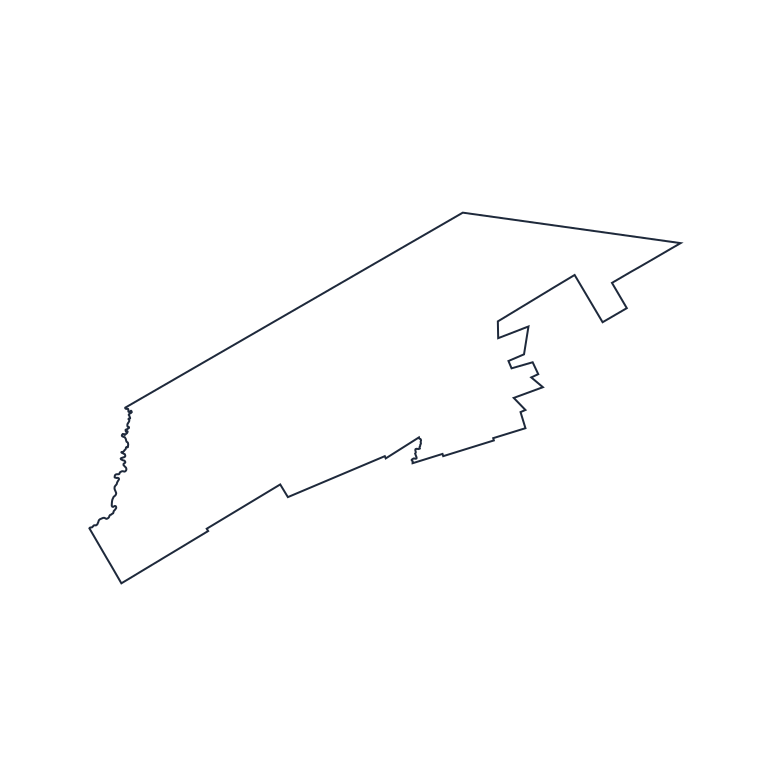 outline of Rivadavia, Salta, Argentina, rotated 240°
{"feature_id": "61730980B79245586725774", "entity_name": "Rivadavia", "entity_type": "district", "adm_level": 2, "iso_a3": "ARG", "parent_name": "Argentina", "parent_adm1": "Salta", "projection": "mercator", "projection_center": [-62.515, -23.621], "detail": "fine", "context": "isolated", "style": "outline", "palette": "slate", "viewbox_px": 768, "rotation_deg": 240, "n_neighbors": 0, "source": "geoboundaries", "source_scale": "gbopen_adm2", "svg_char_len": 5665}
<svg xmlns="http://www.w3.org/2000/svg" viewBox="0 0 768 768"><g transform="rotate(240 384 384)"><path d="M492.9,148.9L492.9,148.4L492.9,148.1L492.7,147.9L492.3,147.8L491.8,147.9L491.6,148.1L491.2,148.5L490.8,149.3L490.6,149.8L490.4,149.9L490.1,149.9L489.8,149.8L489.3,149.6L488.0,148.9L487.6,148.9L487.5,149.0L487.4,149.2L487.2,149.6L487.2,150.0L487.2,150.7L487.3,151.2L487.3,151.3L487.3,151.5L487.2,151.6L486.8,151.7L486.3,151.6L486.0,151.5L485.8,151.5L485.7,151.4L485.7,151.2L485.5,150.7L485.4,149.9L485.5,149.1L485.4,148.5L485.3,148.0L485.1,147.7L484.9,147.5L484.5,147.5L484.2,147.6L483.5,147.5L482.5,147.3L481.8,147.2L481.4,147.1L481.2,146.9L481.2,146.7L481.5,146.3L481.6,145.9L481.6,145.6L481.4,145.2L481.0,145.2L480.6,145.4L480.3,145.4L480.0,145.3L479.5,145.0L479.3,144.8L479.0,144.5L478.8,144.2L478.6,143.7L478.4,143.2L478.1,142.9L477.7,142.0L477.6,141.9L477.2,141.5L476.9,141.3L476.6,141.1L476.0,140.8L475.7,140.7L475.2,140.7L474.9,140.9L474.6,141.3L474.3,141.5L474.1,141.5L473.8,141.4L473.5,141.2L473.3,139.8L473.3,138.9L473.5,138.0L473.5,137.4L473.4,137.2L473.1,137.1L472.7,136.9L472.2,136.8L471.8,136.7L471.6,136.8L471.5,137.0L471.4,137.5L471.6,137.9L471.6,138.0L471.3,138.2L471.1,138.2L470.9,138.1L470.4,137.6L470.2,137.3L469.9,136.7L469.8,135.9L469.7,135.3L469.6,134.8L469.5,134.5L469.5,134.2L469.6,133.9L469.8,133.8L470.3,134.0L470.6,133.9L470.8,133.6L470.9,133.2L471.1,132.9L471.3,132.7L471.1,132.1L470.9,131.7L470.6,131.3L470.3,131.2L470.1,131.1L469.7,131.2L469.3,131.3L468.7,131.8L468.4,132.1L468.1,132.3L467.6,132.8L467.3,132.9L465.8,132.9L465.1,132.8L464.6,132.6L463.0,132.2L462.7,132.2L462.2,132.4L462.0,132.6L461.9,132.7L461.6,132.7L461.2,132.8L460.8,132.7L460.0,132.4L459.3,132.1L459.0,131.9L458.6,131.5L458.5,131.4L458.1,131.2L457.9,131.0L457.5,130.7L457.4,130.6L457.4,130.4L457.9,130.3L458.0,130.2L458.1,129.9L458.1,129.2L457.9,128.7L457.5,128.4L457.1,128.1L457.0,127.9L456.7,127.5L456.6,127.2L456.5,126.6L456.4,126.2L456.3,125.9L456.1,125.6L456.0,125.3L455.9,125.1L455.8,124.8L455.8,123.9L455.9,123.5L456.1,123.0L456.2,122.9L456.3,122.7L456.1,122.4L455.9,122.4L455.1,122.8L454.4,123.4L453.7,123.7L453.5,123.9L453.1,124.2L452.8,124.4L452.4,124.4L451.4,124.1L451.1,124.0L450.8,123.7L450.6,123.4L450.6,123.1L450.6,122.5L450.6,122.2L450.8,121.4L451.2,119.4L451.1,118.9L451.0,118.7L450.4,118.6L449.9,118.8L448.3,119.9L447.6,120.7L446.8,121.0L446.2,121.0L445.7,120.9L445.4,120.6L445.2,120.1L445.2,119.5L445.1,118.7L444.9,118.4L444.6,118.2L444.0,117.9L443.7,118.0L443.1,118.1L442.9,118.1L441.7,118.4L441.1,118.6L440.5,118.7L439.8,118.6L439.1,118.3L438.6,118.0L438.2,117.5L437.9,116.8L437.8,116.4L437.8,115.9L438.0,115.3L438.4,114.9L438.6,114.7L438.9,114.4L439.3,113.8L439.5,113.2L439.5,112.5L439.6,112.1L439.5,111.1L439.4,110.9L439.0,110.5L438.6,110.0L438.5,109.7L438.5,109.3L438.8,108.5L439.2,108.0L439.4,107.6L439.7,106.7L439.7,106.3L439.6,105.8L439.4,105.3L438.8,104.7L437.9,104.1L437.7,104.1L437.3,104.5L436.4,105.3L436.0,106.2L435.8,106.5L435.2,107.0L434.8,107.1L434.5,107.1L434.2,107.0L433.8,106.6L433.5,106.0L433.0,105.1L432.7,104.5L432.0,103.5L431.0,102.5L430.8,102.2L430.6,101.6L430.4,101.1L430.3,100.6L429.8,99.7L429.6,99.3L428.6,98.6L428.1,98.3L427.4,98.1L427.0,98.0L426.6,98.0L425.8,97.9L423.7,97.6L423.2,97.4L422.5,96.7L422.1,96.2L421.7,95.0L421.6,94.5L421.6,94.0L421.5,93.5L419.8,91.1L419.4,90.7L418.6,90.0L417.7,89.3L416.7,88.6L415.3,87.7L414.8,87.4L414.5,87.3L413.8,87.4L413.5,87.4L413.2,87.8L413.0,88.1L413.0,88.3L413.0,89.4L412.9,90.0L412.7,90.2L412.3,90.5L412.1,90.6L411.9,90.6L411.4,90.5L410.9,90.3L410.6,90.1L410.4,89.9L410.3,89.7L409.9,88.8L409.5,87.9L409.3,87.1L409.2,86.8L409.1,86.5L408.9,86.2L408.4,85.8L407.7,85.0L407.5,84.8L407.5,84.5L407.5,84.1L407.5,83.6L407.5,83.3L407.3,82.5L407.3,82.3L407.4,82.1L407.5,81.6L407.4,80.9L407.2,80.5L407.1,80.3L406.6,79.8L406.1,79.1L406.0,78.9L405.8,77.9L405.8,77.3L405.8,77.0L406.0,76.3L406.2,76.0L406.4,75.9L407.9,74.9L408.0,74.7L408.2,74.4L408.4,74.0L408.5,73.7L408.7,72.1L408.9,70.3L408.6,69.1L408.2,68.5L407.7,68.0L407.0,67.2L406.6,66.6L405.9,65.7L405.7,65.4L405.7,65.1L405.7,64.7L405.7,64.3L405.6,63.8L406.2,63.0L406.4,62.6L406.6,62.0L406.5,61.5L406.2,61.0L406.2,60.5L406.0,60.1L405.9,59.7L405.9,59.3L406.2,58.8L406.3,58.5L406.6,57.5L406.6,57.3L406.5,57.1L406.3,56.7L371.6,56.8L363.6,56.9L342.7,56.9L344.6,158.2L347.3,158.1L348.9,243.9L334.1,244.2L321.1,348.6L318.7,348.3L320.3,387.6L319.9,387.5L319.7,387.4L319.4,387.3L319.1,387.3L318.9,387.4L318.2,388.0L317.9,388.1L317.5,388.1L317.0,388.0L316.7,387.9L316.4,387.7L316.0,387.2L315.8,387.0L315.0,386.6L314.4,386.4L314.0,386.2L313.7,385.9L313.4,385.3L313.2,385.0L312.3,384.4L312.0,384.0L311.8,383.5L311.4,383.2L311.1,383.0L310.9,383.0L310.2,382.8L310.2,382.7L310.2,382.2L310.4,381.8L310.4,381.4L310.5,381.3L310.8,381.0L311.0,380.6L311.4,380.0L311.6,379.8L311.6,379.5L311.8,379.1L311.8,378.8L311.7,378.7L311.5,378.4L311.3,378.2L310.9,378.0L310.7,377.9L309.2,377.5L309.0,377.4L308.7,377.1L308.3,376.5L308.2,376.2L306.7,375.9L304.9,375.6L304.5,375.6L304.2,375.5L304.0,375.4L303.6,375.2L303.3,374.9L303.3,374.5L303.5,374.0L303.6,373.9L303.8,373.5L304.4,373.0L304.6,372.7L304.7,372.0L304.7,371.4L304.6,370.2L304.2,369.9L303.9,369.8L303.2,370.1L302.8,370.2L302.6,370.2L302.3,370.0L302.0,369.8L301.3,369.2L301.1,369.1L294.2,399.7L291.9,399.2L280.2,450.9L282.5,451.5L275.0,484.4L291.4,488.2L290.8,493.5L307.1,489.4L301.8,520.0L316.1,514.8L315.4,522.5L328.5,523.6L333.8,502.3L341.7,503.3L339.7,520.1L361.6,537.9L366.6,505.8L381.3,513.9L382.7,579.1L383.1,603.6L328.2,604.2L328.3,632.2L357.6,632.0L357.7,654.5L357.6,663.6L357.6,670.9L357.7,700.9L357.7,711.3L493.0,537.9L492.9,148.9Z" fill="none" stroke="#1e293b" stroke-width="2"/></g></svg>